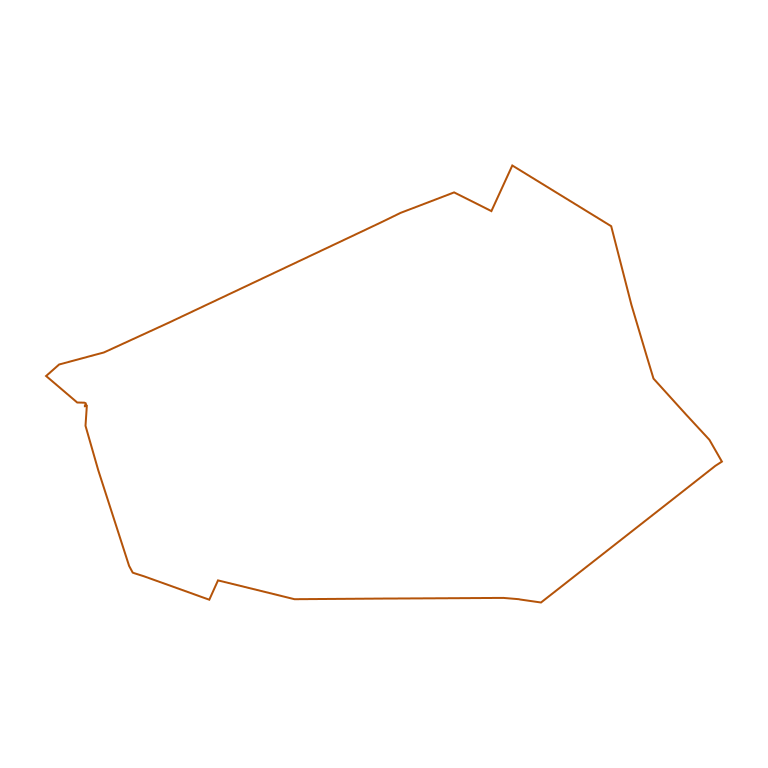 outline of Wilson, North Carolina, United States of America
{"feature_id": "52423323B63255212949591", "entity_name": "Wilson", "entity_type": "district", "adm_level": 2, "iso_a3": "USA", "parent_name": "United States of America", "parent_adm1": "North Carolina", "projection": "robinson", "projection_center": [-77.978, 35.725], "detail": "fine", "context": "isolated", "style": "outline", "palette": "amber", "viewbox_px": 768, "rotation_deg": 0, "n_neighbors": 0, "source": "geoboundaries", "source_scale": "gbopen_adm2", "svg_char_len": 689}
<svg xmlns="http://www.w3.org/2000/svg" viewBox="0 0 768 768"><path d="M512.3,165.5L491.4,211.1L454.1,192.4L400.5,212.9L380.4,222.7L173.8,320.3L172.0,321.2L103.8,352.5L95.5,354.7L95.1,354.8L59.1,364.5L46.1,376.0L77.2,402.5L84.4,402.7L85.6,403.2L86.1,404.6L84.9,405.3L84.9,406.2L86.8,406.0L86.5,410.9L85.5,425.8L98.3,470.4L129.1,565.9L132.7,572.6L134.3,573.2L144.0,576.3L200.3,596.5L201.1,596.8L209.3,599.7L218.0,580.4L294.5,599.2L392.2,598.5L397.8,598.5L454.4,598.2L503.2,597.9L518.9,599.2L520.1,599.5L541.0,602.5L676.3,496.5L715.4,465.8L721.9,461.6L709.4,439.8L686.1,414.6L653.5,378.6L647.1,357.5L631.4,304.8L611.2,226.2L512.3,165.5Z" fill="none" stroke="#b45309" stroke-width="2"/></svg>